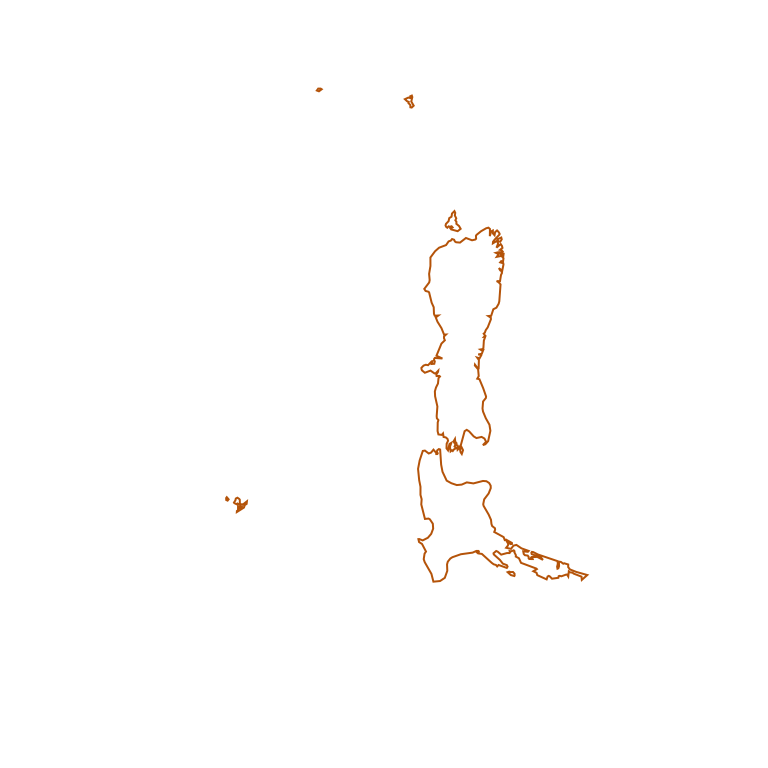 map outline of New Zealand (Mercator projection), rotated 143°
{"feature_id": "NZL", "entity_name": "New Zealand", "entity_type": "country or territory", "adm_level": 0, "iso_a3": "NZL", "parent_name": "Oceania", "parent_adm1": "", "projection": "mercator", "projection_center": [173.207, -30.558], "detail": "fine", "context": "isolated", "style": "outline", "palette": "amber", "viewbox_px": 768, "rotation_deg": 143, "n_neighbors": 0, "source": "natural_earth", "source_scale": "50m", "svg_char_len": 6176}
<svg xmlns="http://www.w3.org/2000/svg" viewBox="0 0 768 768"><g transform="rotate(143 384 384)"><path d="M345.5,297.6L348.0,297.8L359.1,289.2L363.6,287.4L364.8,287.2L363.7,289.1L362.4,289.8L362.2,290.5L362.9,291.6L361.7,293.1L361.8,295.1L360.4,297.4L362.5,296.5L363.3,295.0L362.9,294.1L363.8,292.4L365.3,291.6L364.8,289.3L367.4,289.7L369.4,289.1L369.6,290.2L371.4,290.1L369.1,294.2L365.6,296.5L367.8,296.7L372.8,292.5L372.8,295.0L369.9,298.6L367.0,300.1L366.3,302.0L366.8,304.2L368.3,305.8L366.6,309.0L368.5,308.6L370.9,311.0L369.5,314.2L364.2,321.0L362.3,322.4L362.4,324.8L361.3,326.6L354.9,333.9L350.6,343.4L347.8,347.5L344.6,349.9L340.6,351.9L336.9,355.9L334.8,356.3L334.9,357.1L337.2,358.7L336.5,360.1L333.5,361.2L332.7,362.0L336.3,361.4L337.3,362.1L338.8,366.7L344.6,368.4L345.5,372.1L345.0,373.5L344.4,374.4L341.3,374.9L339.0,374.2L337.5,372.5L332.2,373.4L331.6,373.1L333.9,371.3L331.7,369.9L329.8,371.5L329.6,373.0L328.8,373.9L327.7,374.2L322.0,369.2L325.1,375.0L313.8,381.7L309.1,382.3L308.5,384.5L307.4,385.9L304.7,386.2L306.3,387.3L304.5,394.0L303.8,401.6L302.6,406.0L299.4,406.0L302.4,408.0L301.9,409.9L298.1,415.4L297.0,420.3L292.9,429.9L292.9,430.8L294.8,433.3L294.6,435.7L286.8,437.9L285.0,439.5L281.7,444.8L275.9,450.3L270.8,457.1L263.3,459.3L258.0,459.7L250.8,457.6L246.6,459.0L244.3,458.3L242.4,458.8L241.2,457.0L241.6,455.2L241.1,453.8L238.2,451.2L230.7,451.3L227.2,445.8L224.1,444.4L223.0,444.6L221.4,447.0L220.4,447.4L214.5,447.6L208.7,446.9L206.5,446.0L206.1,444.0L210.5,438.4L206.5,441.4L204.7,441.1L206.4,438.6L206.2,436.3L203.9,438.4L201.3,438.6L201.0,436.7L201.2,434.5L201.7,433.9L208.8,432.7L211.3,432.0L212.4,430.8L208.2,430.4L207.9,428.7L208.5,427.4L212.1,425.2L206.6,425.5L206.7,423.2L207.5,421.4L210.6,421.3L209.6,420.1L209.5,418.3L210.4,418.2L213.5,420.5L215.7,421.4L214.8,419.6L214.9,418.5L217.4,417.7L213.1,415.6L212.9,412.5L215.1,410.3L216.4,411.6L218.0,411.2L216.1,408.6L216.6,407.6L221.3,403.4L222.5,407.4L222.8,404.8L222.3,403.7L222.9,401.7L224.9,400.7L229.5,396.3L232.1,398.4L231.2,396.2L231.0,393.4L242.1,380.7L244.1,379.1L248.3,377.3L251.7,377.9L257.3,374.0L259.8,375.5L258.8,372.7L259.6,371.4L267.1,366.8L270.3,365.8L272.6,364.3L274.1,364.2L274.1,361.9L275.7,361.5L274.6,360.9L278.1,358.6L282.9,353.0L284.2,352.5L286.3,353.6L285.8,352.2L284.3,351.4L287.7,349.3L291.0,350.9L289.3,349.4L289.1,348.4L292.2,347.0L293.7,349.0L293.8,346.0L298.8,339.8L299.7,341.1L299.7,344.7L300.3,344.1L300.0,339.1L303.6,333.3L306.3,332.1L304.9,330.4L307.3,321.0L310.0,312.6L311.1,311.5L315.4,310.4L320.1,305.1L321.5,302.4L323.3,295.4L324.3,288.0L327.2,282.6L335.2,275.7L339.3,274.9L341.8,275.7L337.2,276.4L336.6,280.0L337.9,283.0L342.7,285.2L343.9,288.2L344.5,294.9L345.5,297.6ZM348.9,121.8L349.2,123.1L352.7,119.4L352.5,121.7L353.3,122.2L358.1,123.7L359.1,125.0L360.1,125.4L361.4,124.3L367.0,127.4L367.4,130.6L367.9,131.6L369.2,131.8L371.7,130.1L376.6,139.1L375.8,141.4L377.4,144.6L373.3,144.2L373.4,144.9L382.2,158.7L381.1,163.6L382.6,166.9L381.7,167.9L381.1,171.3L380.4,171.9L380.5,173.1L383.3,173.9L384.2,174.9L384.7,173.7L385.5,173.4L387.6,175.0L393.1,177.2L394.1,181.7L394.9,183.1L398.4,182.9L398.9,181.8L397.3,173.8L397.2,169.0L394.9,165.4L395.2,163.8L396.6,163.2L401.4,170.5L403.4,170.2L403.5,172.1L404.9,174.0L405.6,176.3L408.1,189.4L410.8,192.1L411.1,193.5L409.5,192.8L409.0,193.2L409.1,193.9L410.7,195.1L414.7,196.0L425.1,201.8L433.6,204.5L436.1,204.7L440.0,203.7L442.2,202.0L445.9,196.7L452.1,192.6L457.8,192.9L463.5,196.4L460.4,203.8L458.7,217.2L457.7,220.2L453.7,224.1L451.3,224.9L449.9,233.3L451.1,236.7L449.9,239.4L449.2,239.0L447.2,235.8L441.5,234.8L436.5,235.9L431.8,238.9L429.1,243.0L428.8,248.3L429.4,249.7L432.5,251.6L426.7,265.4L423.3,269.3L421.6,273.5L416.7,280.0L413.8,286.0L407.9,295.7L401.5,301.5L393.3,307.2L391.4,306.2L390.1,301.6L387.7,300.9L384.0,301.8L383.8,297.6L384.4,296.6L383.6,296.0L382.9,296.2L382.6,297.1L383.1,297.9L381.3,299.0L379.3,299.0L378.6,297.9L386.9,285.2L390.1,278.7L392.1,269.1L389.9,264.2L386.7,259.5L382.5,256.9L377.1,255.6L372.4,250.8L363.3,247.0L360.7,244.7L359.6,241.6L360.0,238.6L361.4,236.6L366.3,233.6L373.4,231.6L377.1,228.3L377.8,226.7L379.0,216.7L380.3,211.1L382.4,207.6L383.1,205.5L382.2,202.0L383.0,200.7L385.0,199.5L380.6,189.7L381.5,186.7L380.2,186.3L377.5,180.1L378.0,179.3L379.1,179.8L380.8,183.3L381.0,181.5L382.3,180.4L385.0,179.7L381.8,175.9L377.9,177.0L375.1,175.8L373.1,170.0L368.9,163.6L370.1,163.4L373.5,166.6L374.7,164.1L374.5,162.5L372.5,160.5L372.5,159.0L373.4,157.7L373.3,156.8L370.6,154.7L370.3,155.6L370.8,156.9L370.3,157.0L365.6,153.6L362.9,147.9L363.0,150.8L368.4,159.2L367.9,160.5L366.9,160.9L366.0,160.0L363.6,155.1L352.0,138.1L353.4,135.8L355.7,133.9L356.6,132.1L355.7,131.9L353.8,133.2L351.2,136.9L349.8,135.4L349.0,132.6L348.0,132.4L345.5,129.0L347.1,126.9L347.1,124.0L343.6,118.3L336.6,109.1L343.9,108.5L342.2,111.3L346.7,118.5L346.9,119.7L348.9,121.8ZM237.3,467.0L237.3,468.3L235.0,467.8L235.1,469.3L236.9,470.0L237.5,471.0L239.4,470.7L239.8,472.3L239.4,473.6L238.1,474.6L234.4,475.2L232.1,477.2L229.4,477.0L227.1,479.2L223.7,479.7L224.1,477.8L226.0,476.0L226.6,472.8L228.5,471.8L228.5,470.0L229.8,468.4L229.0,465.0L229.4,461.8L233.2,461.7L237.3,467.0ZM578.6,370.3L577.9,371.1L576.5,371.1L574.2,374.1L574.3,371.8L573.6,370.9L571.3,371.7L572.9,372.6L571.6,373.9L573.0,376.8L574.1,376.7L575.2,378.9L575.2,379.6L572.7,380.5L571.3,381.7L569.5,381.4L568.8,379.3L568.8,378.4L571.1,375.2L570.4,373.7L568.7,372.7L564.1,372.8L565.9,370.9L568.0,371.1L570.2,369.6L578.6,370.3ZM195.4,596.0L195.9,598.9L192.2,598.1L190.9,596.6L189.9,598.0L188.2,597.6L188.7,596.1L192.2,593.2L192.8,588.4L195.5,588.1L196.4,589.1L195.1,590.9L195.4,593.7L194.5,594.4L195.4,596.0ZM397.7,155.1L398.5,159.3L396.9,158.8L396.2,157.7L394.1,156.2L393.9,154.0L395.0,152.4L395.5,152.2L397.7,155.1ZM362.9,285.6L360.0,287.3L360.7,283.6L364.0,281.3L363.9,283.4L362.9,285.6ZM206.8,429.0L206.4,431.3L202.2,430.4L202.9,428.7L205.5,427.7L206.8,429.0ZM259.8,656.9L261.0,658.8L258.7,659.5L256.8,658.0L256.4,656.9L259.8,656.9ZM211.9,414.2L212.8,418.0L210.8,417.2L210.0,416.1L211.9,414.2ZM578.7,387.9L577.7,388.2L577.5,385.4L579.1,385.0L579.8,386.3L578.7,387.9Z" fill="none" stroke="#b45309" stroke-width="2"/></g></svg>